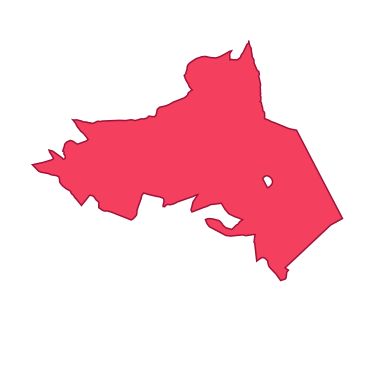 the district of Isangi, Orientale, Democratic Republic of the Congo, rotated 60°
{"feature_id": "63176286B30130216174864", "entity_name": "Isangi", "entity_type": "district", "adm_level": 2, "iso_a3": "COD", "parent_name": "Democratic Republic of the Congo", "parent_adm1": "Orientale", "projection": "mercator", "projection_center": [24.08, 0.36], "detail": "fine", "context": "isolated", "style": "filled", "palette": "rose", "viewbox_px": 384, "rotation_deg": 60, "n_neighbors": 0, "source": "geoboundaries", "source_scale": "gbopen_adm2", "svg_char_len": 4522}
<svg xmlns="http://www.w3.org/2000/svg" viewBox="0 0 384 384"><g transform="rotate(60 192 192)"><path d="M190.7,70.6L186.8,75.1L184.8,77.0L183.4,78.1L182.2,79.0L178.2,82.1L173.5,85.7L170.7,88.1L168.8,89.2L167.6,90.1L167.2,90.4L164.7,92.5L163.4,91.6L162.3,90.9L161.1,90.3L159.7,89.6L158.4,89.5L157.5,89.9L157.2,90.0L154.4,88.8L153.7,88.5L152.4,88.4L149.6,87.4L149.1,87.2L148.5,87.5L147.7,87.8L147.6,87.3L147.4,86.8L144.7,85.2L143.9,84.7L142.6,84.6L141.6,83.8L141.5,83.7L141.4,83.4L140.6,83.2L138.5,82.1L136.9,81.2L135.4,80.6L133.9,79.3L132.5,78.6L129.5,77.7L127.1,76.9L125.2,76.5L123.7,74.8L122.5,74.4L121.4,74.0L120.9,74.0L120.7,74.0L120.4,74.2L119.5,74.7L118.5,74.7L113.0,74.0L111.1,73.7L108.5,72.3L106.0,72.3L104.6,72.2L104.1,71.9L102.8,71.2L100.6,70.5L97.1,68.9L96.1,68.9L94.7,68.9L92.2,68.3L89.9,67.4L89.8,67.5L91.3,68.4L91.4,69.3L91.5,69.9L91.6,70.5L96.6,77.7L97.8,80.5L99.9,83.3L99.8,84.3L100.3,86.4L98.5,89.6L98.0,90.3L96.9,91.5L96.8,92.0L96.6,93.1L92.0,90.7L91.1,90.2L89.5,87.2L89.0,89.0L89.0,94.0L88.8,100.0L88.1,103.2L87.8,104.5L84.3,109.4L81.4,112.4L79.7,116.0L79.3,118.4L78.6,121.8L79.0,128.9L79.8,131.7L80.4,132.5L81.3,133.7L82.7,134.5L83.4,135.2L86.5,138.4L87.2,140.5L89.9,141.0L92.1,141.3L94.5,141.2L96.6,141.2L99.6,141.7L103.8,140.8L103.7,141.9L103.6,142.1L103.8,142.8L103.9,143.3L104.3,144.6L104.2,144.9L104.2,145.0L104.1,145.5L106.0,147.5L106.6,151.6L104.8,163.2L104.8,168.1L104.2,171.9L102.4,177.6L103.0,180.7L104.2,181.7L106.3,183.6L107.8,185.3L107.8,187.4L104.7,191.4L105.4,194.5L105.1,195.3L104.5,197.5L103.2,199.4L101.8,205.4L101.4,205.8L101.1,206.2L99.8,207.5L99.4,208.1L98.8,209.0L97.0,213.7L93.9,218.6L92.3,221.6L86.3,233.1L85.6,234.5L85.4,235.4L84.7,236.7L83.6,238.2L83.3,239.9L83.2,242.6L83.1,243.2L82.4,244.1L82.2,245.1L81.8,245.2L81.7,245.3L81.1,245.6L80.5,246.5L80.0,247.4L79.5,247.5L77.9,249.5L77.1,251.0L76.1,251.6L75.6,251.9L71.9,255.7L70.4,258.7L70.2,258.9L70.0,259.1L74.0,258.5L77.9,258.7L84.0,257.9L87.4,256.6L94.4,255.6L94.9,257.4L94.9,258.9L94.4,261.2L93.9,264.2L93.3,267.2L92.0,268.1L88.5,269.7L86.6,271.4L86.2,273.7L86.1,275.7L86.2,275.9L87.0,278.4L88.4,279.5L91.9,283.5L92.6,283.2L92.8,283.1L93.0,283.0L93.7,283.0L95.2,284.0L97.5,283.7L99.6,285.4L99.3,287.1L97.6,287.4L86.9,292.2L84.2,294.9L86.5,295.3L90.7,295.1L93.7,295.1L94.1,296.1L93.9,297.9L91.9,306.3L88.6,316.6L97.3,314.4L98.1,313.8L99.5,312.7L104.1,307.3L106.6,305.4L110.1,301.2L112.1,299.8L112.7,299.9L113.7,300.0L115.8,300.9L117.3,301.6L118.7,301.6L122.0,301.0L126.1,299.4L130.5,296.8L131.9,297.1L132.2,297.1L133.2,297.1L133.3,297.1L133.6,297.0L136.2,296.2L137.1,296.3L137.8,296.4L139.7,295.9L144.0,295.1L145.8,294.8L148.4,294.5L145.5,286.9L143.8,282.9L144.1,281.3L146.7,279.3L151.0,279.0L154.2,277.8L159.0,280.6L162.8,278.8L163.9,278.0L164.2,277.8L165.1,276.7L165.8,275.3L166.0,274.9L166.2,274.5L166.4,274.4L166.5,274.3L167.1,273.8L168.1,273.0L168.3,272.5L169.2,271.8L183.8,260.2L185.8,258.7L185.8,256.5L185.0,253.5L184.1,251.4L182.4,250.1L180.7,249.1L179.4,247.7L178.8,247.1L172.0,239.1L169.9,237.3L168.7,234.4L172.8,230.5L177.3,225.7L178.1,224.8L179.9,222.6L182.7,220.3L184.0,219.9L186.4,221.1L188.9,223.6L190.1,224.3L191.1,223.0L190.6,221.8L190.4,220.3L190.4,220.2L190.5,220.0L190.6,219.2L191.9,217.7L192.1,217.4L193.2,213.4L193.2,212.4L193.4,211.3L193.2,210.3L196.4,193.3L196.7,189.9L197.2,188.3L200.9,195.8L207.1,201.9L209.3,202.0L211.1,190.3L211.7,187.3L211.9,186.4L212.3,181.9L216.5,172.2L223.2,172.1L229.3,171.0L234.9,167.2L238.1,164.4L241.3,162.1L241.3,162.3L241.7,165.9L242.1,166.6L242.2,166.9L242.9,168.1L242.9,169.2L242.8,169.5L242.8,170.2L244.1,175.1L244.2,176.4L239.7,180.7L236.5,181.7L233.1,182.0L230.3,182.9L226.3,186.8L223.9,189.9L223.0,191.8L222.6,194.2L227.1,194.8L230.7,194.3L230.8,194.3L246.6,184.4L247.2,183.6L249.6,180.4L253.3,172.1L254.6,169.4L256.8,167.2L259.8,159.4L260.5,158.6L261.8,159.9L266.5,163.4L266.9,163.2L267.0,163.2L267.3,163.1L284.2,170.5L283.8,167.2L283.8,163.9L285.6,162.0L289.5,160.9L291.1,161.6L293.7,162.4L295.7,162.5L303.4,160.7L304.4,160.3L313.0,159.5L313.5,157.2L314.0,154.5L313.1,153.2L308.7,149.9L307.9,147.5L304.2,149.4L300.4,133.0L299.7,130.1L296.0,114.4L289.9,88.4L290.2,75.1L290.2,74.9L289.1,74.9L285.2,74.7L251.8,73.3L226.2,72.2L219.0,71.9L209.4,71.4L190.7,70.6ZM215.8,124.1L215.3,123.0L214.8,121.1L215.2,119.2L216.1,118.2L217.7,117.1L219.2,116.6L220.5,116.4L222.6,116.8L223.7,117.3L224.6,118.2L225.2,119.0L225.7,120.4L226.2,122.2L226.2,123.7L225.9,124.5L225.0,124.5L217.1,124.2L215.9,124.2L215.8,124.1Z" fill="#f43f5e" stroke="#9f1239" stroke-width="1.5"/></g></svg>